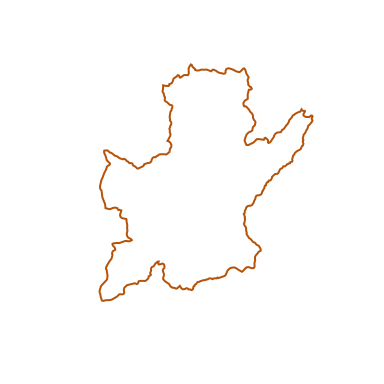 outline of Uberaba, Minas Gerais, Brazil, rotated 47°
{"feature_id": "56859067B69466182711417", "entity_name": "Uberaba", "entity_type": "district", "adm_level": 2, "iso_a3": "BRA", "parent_name": "Brazil", "parent_adm1": "Minas Gerais", "projection": "orthographic", "projection_center": [-47.989, -19.605], "detail": "fine", "context": "isolated", "style": "outline", "palette": "amber", "viewbox_px": 384, "rotation_deg": 47, "n_neighbors": 0, "source": "geoboundaries", "source_scale": "gbopen_adm2", "svg_char_len": 6033}
<svg xmlns="http://www.w3.org/2000/svg" viewBox="0 0 384 384"><g transform="rotate(47 192 192)"><path d="M189.4,307.3L190.5,307.4L195.4,310.7L197.4,312.9L198.1,314.1L198.7,322.6L201.1,326.8L202.5,328.1L203.8,328.5L206.3,330.2L209.9,331.9L211.0,331.3L212.5,328.7L214.9,326.0L216.1,323.8L217.3,318.3L217.3,314.8L219.5,312.6L219.9,311.6L219.5,310.3L216.9,308.5L215.8,306.6L215.9,302.9L219.8,296.0L221.8,295.1L221.9,293.7L220.9,291.9L222.0,290.1L225.2,286.8L225.4,285.8L225.4,283.1L224.9,282.0L224.1,281.2L224.6,279.5L224.5,278.5L222.8,278.0L221.7,275.6L220.0,274.1L219.5,272.8L220.2,270.5L219.4,267.8L219.5,264.6L220.1,263.8L221.3,265.4L222.2,265.8L223.1,264.8L224.2,262.4L225.1,262.0L226.0,261.9L228.2,263.3L228.8,264.3L228.7,265.4L229.6,267.0L232.7,268.4L233.7,269.2L235.3,271.9L236.1,272.5L238.5,272.7L243.7,271.5L246.5,272.2L247.3,271.8L248.4,271.7L250.4,270.1L251.8,269.6L252.3,268.7L252.4,264.9L255.2,265.5L257.1,264.9L258.2,263.2L258.5,261.7L259.3,261.1L261.2,260.8L261.8,259.9L263.5,259.2L263.8,258.2L263.4,257.1L262.2,255.4L262.5,254.3L261.9,253.8L261.8,252.8L262.1,251.9L261.7,249.6L262.0,248.7L262.6,248.1L263.0,246.4L264.5,243.5L265.4,242.5L266.0,240.8L266.6,240.2L266.8,238.7L267.3,237.8L268.2,237.1L269.8,236.4L269.9,235.3L270.5,234.4L272.0,232.9L272.0,231.7L272.9,231.5L275.6,225.6L275.6,223.8L273.6,219.4L273.7,216.1L274.3,214.8L275.9,212.6L278.0,211.6L280.2,211.2L284.4,209.9L284.5,208.4L284.2,204.9L284.5,203.1L285.7,201.7L288.2,200.5L289.6,199.0L289.7,198.1L289.3,197.2L286.4,194.6L285.1,192.5L282.5,190.3L281.8,188.3L281.7,186.2L281.2,184.3L281.8,181.7L279.9,180.4L276.8,179.9L274.3,180.8L272.1,180.5L270.4,181.4L266.3,181.2L264.4,181.7L259.8,180.7L258.9,179.6L256.5,178.3L256.0,177.6L255.2,177.0L254.2,176.5L253.2,176.6L250.7,175.8L250.4,174.8L247.9,171.5L246.9,171.2L246.4,170.3L243.4,169.1L243.5,168.1L242.2,166.7L241.7,165.8L241.1,164.1L240.2,162.7L240.4,161.9L240.2,161.1L241.1,159.4L241.8,158.9L242.5,156.9L241.8,154.2L241.0,152.8L240.2,150.4L239.2,149.1L238.7,147.5L239.3,146.0L240.0,145.5L240.9,143.1L240.4,141.5L239.4,140.1L239.5,139.1L238.9,138.1L238.5,136.3L237.8,135.7L237.1,134.3L237.6,133.5L236.5,131.9L236.1,130.7L236.6,129.7L236.0,128.1L236.8,127.2L237.0,126.2L236.2,123.9L235.5,123.0L235.5,119.1L236.9,117.2L237.0,115.8L235.6,112.6L235.4,111.5L235.9,110.6L236.0,109.6L235.5,107.7L236.6,106.6L236.8,104.2L236.6,103.1L237.3,102.2L237.2,101.2L237.8,100.6L237.2,99.8L238.1,98.0L237.5,97.1L236.3,96.3L234.3,93.0L234.4,92.1L233.6,90.0L233.7,87.5L234.8,83.4L233.4,80.1L233.6,79.2L232.7,77.6L230.4,76.4L230.0,75.1L229.0,74.9L228.3,74.3L226.4,71.5L225.9,68.8L224.7,65.8L224.6,64.7L222.8,61.7L223.0,60.0L222.6,58.1L222.7,57.1L222.2,56.4L222.0,55.2L219.9,54.4L219.0,52.3L218.1,52.1L217.3,52.7L217.2,54.9L216.3,56.0L214.8,57.5L213.1,58.2L212.0,58.2L211.1,57.5L210.2,54.6L209.5,54.2L208.2,55.6L207.4,55.9L206.3,55.5L207.0,58.1L205.9,60.5L205.1,63.7L205.2,64.9L204.8,65.8L204.9,66.8L205.5,68.0L205.8,71.8L206.8,73.5L207.5,75.9L207.6,77.8L208.3,80.9L208.5,82.4L208.0,83.5L208.8,86.2L206.8,88.9L206.4,89.9L206.3,91.8L206.8,93.5L207.5,94.5L209.0,101.0L208.3,102.6L207.6,102.6L206.1,101.2L205.0,101.0L202.4,101.3L202.1,102.3L202.6,102.9L202.8,103.9L198.8,107.1L197.5,108.7L197.8,113.1L196.1,118.7L195.5,119.5L194.6,120.1L190.9,118.8L190.0,118.2L188.7,116.0L187.3,113.1L187.1,111.3L187.1,109.8L188.0,107.2L188.1,106.0L186.1,103.2L186.0,100.5L184.3,98.0L183.4,97.6L181.6,97.5L179.4,96.8L177.5,95.2L175.6,94.6L172.9,94.7L170.4,94.1L166.5,94.1L165.7,94.6L165.1,95.3L164.4,95.4L162.3,94.1L161.8,93.2L161.2,91.0L161.9,87.7L158.6,84.7L156.0,80.7L157.2,79.2L157.3,77.9L155.6,77.3L154.6,77.8L151.8,77.7L151.2,76.9L148.1,75.1L146.7,72.3L142.6,71.5L139.0,69.7L137.1,69.6L136.7,70.3L136.9,74.4L136.7,75.3L136.1,76.1L133.5,77.6L131.3,78.2L128.8,79.4L126.7,80.6L126.1,81.4L125.5,83.0L126.2,84.7L127.6,86.1L127.7,87.2L127.1,88.2L123.3,90.8L121.4,91.5L119.6,91.8L117.1,92.9L116.6,93.5L116.8,95.7L112.6,97.7L108.7,102.0L107.9,103.9L106.6,105.5L105.7,106.0L104.9,106.5L104.0,105.9L101.9,106.2L100.7,106.2L98.8,105.5L97.9,105.9L98.9,109.4L99.4,110.3L103.2,113.6L103.8,115.2L101.3,117.8L100.9,118.6L100.5,122.4L99.7,122.9L98.8,122.3L97.7,122.1L96.8,122.9L97.1,123.8L96.5,128.3L97.7,130.1L98.4,131.9L98.5,133.2L97.6,135.0L98.4,135.9L98.5,136.8L96.0,139.3L94.3,140.3L97.2,143.3L98.1,144.8L99.9,145.5L100.7,145.5L102.8,146.9L104.5,147.2L105.0,148.1L106.5,149.5L107.2,149.6L109.4,149.0L113.0,148.8L114.8,147.6L115.7,147.7L117.0,149.0L117.2,149.9L118.4,151.5L118.4,152.4L118.8,153.3L121.7,157.0L124.0,158.6L124.5,159.3L126.6,159.6L127.4,160.0L128.6,161.4L128.6,162.4L129.7,163.9L130.2,165.3L131.8,166.2L133.3,167.6L135.1,168.3L136.2,169.8L138.0,175.1L139.5,174.3L140.4,174.3L141.5,174.3L143.6,175.0L145.0,176.6L145.5,178.8L147.4,181.2L147.1,184.9L146.8,185.6L146.0,186.0L142.6,189.7L142.1,190.8L142.1,192.4L141.6,193.4L141.7,195.0L140.9,195.6L140.2,197.3L140.7,199.1L141.9,201.1L141.9,202.2L141.7,203.2L140.7,204.5L139.1,207.9L139.8,209.5L139.7,210.5L138.2,215.1L137.6,216.0L134.6,216.2L132.5,217.0L130.4,216.2L129.5,216.7L128.2,218.1L127.2,218.2L126.3,218.0L124.6,218.7L123.4,218.4L121.4,219.0L121.2,220.0L118.4,221.7L116.7,222.2L115.7,222.2L114.0,222.9L113.0,223.6L108.3,224.3L107.2,225.1L104.1,225.4L102.5,227.0L101.9,228.1L103.6,229.6L106.7,230.6L110.8,232.7L115.2,232.5L115.8,233.2L115.9,234.2L115.4,236.0L115.6,237.2L116.8,239.1L118.5,243.7L120.5,247.6L121.7,250.5L125.0,255.3L126.9,256.9L129.4,257.3L135.0,261.3L141.5,263.8L144.9,266.3L148.6,263.8L150.0,260.1L151.4,258.5L153.0,257.6L153.9,258.1L155.0,258.1L155.4,257.3L157.3,256.3L159.7,260.3L161.2,261.2L163.3,261.1L166.9,258.5L167.9,258.9L168.6,259.8L172.2,262.0L173.9,263.9L176.3,265.6L177.7,267.9L179.5,269.3L181.5,269.8L185.0,268.7L186.1,268.8L185.9,270.1L185.0,271.9L182.4,273.9L179.7,280.1L177.4,282.4L175.8,284.9L175.8,285.8L176.5,286.1L177.3,286.4L179.8,286.4L181.5,287.1L181.9,287.8L181.3,290.1L181.6,291.1L182.5,292.5L183.4,292.7L184.0,293.3L186.0,296.6L186.2,298.7L187.6,303.9L188.1,304.8L188.2,305.7L189.4,307.3Z" fill="none" stroke="#b45309" stroke-width="2"/></g></svg>